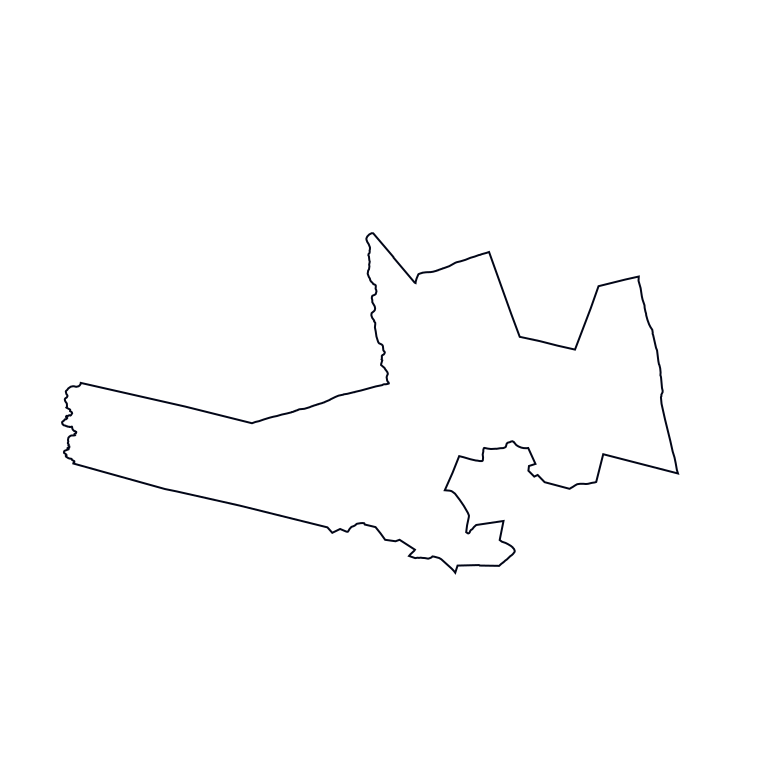 Mandlakaze, Gaza, Mozambique, rotated 284°
{"feature_id": "85939544B24219595709494", "entity_name": "Mandlakaze", "entity_type": "district", "adm_level": 2, "iso_a3": "MOZ", "parent_name": "Mozambique", "parent_adm1": "Gaza", "projection": "equal_earth", "projection_center": [34.02, -24.531], "detail": "fine", "context": "isolated", "style": "outline", "palette": "ink", "viewbox_px": 768, "rotation_deg": 284, "n_neighbors": 0, "source": "geoboundaries", "source_scale": "gbopen_adm2", "svg_char_len": 6044}
<svg xmlns="http://www.w3.org/2000/svg" viewBox="0 0 768 768"><g transform="rotate(284 384 384)"><path d="M231.0,520.8L235.4,539.7L238.0,541.4L239.6,542.8L240.1,543.0L240.4,543.4L241.9,544.3L243.5,545.7L247.7,548.3L248.6,549.2L250.3,550.3L252.6,551.3L253.4,551.3L254.1,551.0L255.5,549.9L256.3,548.6L256.6,548.4L257.6,546.3L258.6,543.0L259.2,540.4L259.5,536.6L260.6,534.0L280.0,533.1L269.5,507.6L267.0,505.9L264.5,504.8L263.4,503.7L261.9,503.1L261.1,503.1L260.0,502.7L259.4,501.9L259.4,501.4L260.1,499.6L267.0,498.8L275.6,498.5L277.0,498.2L279.2,496.6L285.1,490.9L289.9,485.5L294.8,479.4L296.1,476.3L296.4,475.3L296.4,473.6L295.6,468.7L314.4,472.0L332.2,474.4L332.2,478.9L331.9,486.0L332.0,492.0L332.2,492.5L332.4,495.5L332.9,497.7L333.6,498.3L334.3,498.3L336.7,497.9L339.5,496.8L342.6,496.7L344.0,496.3L345.8,496.4L346.2,496.7L346.3,497.2L346.4,500.2L346.8,503.5L348.3,508.4L348.3,508.8L349.8,512.3L350.7,515.3L351.9,516.9L352.6,517.4L355.9,517.5L357.0,518.3L358.1,520.3L358.8,521.0L359.5,522.4L359.2,523.9L358.9,524.0L358.5,524.8L356.9,526.9L356.3,528.4L355.9,529.8L355.5,532.6L355.6,535.1L356.2,537.9L356.8,539.4L343.1,550.3L339.5,544.5L334.8,545.1L330.5,552.2L332.9,555.1L327.6,563.6L327.2,589.3L327.9,590.2L328.8,590.9L329.3,591.6L332.0,594.1L333.5,595.7L334.6,598.4L335.4,601.6L335.8,604.1L336.5,606.1L338.4,609.7L339.5,612.4L340.3,613.6L368.9,613.7L368.3,690.9L371.4,689.0L377.7,686.2L383.1,683.6L388.2,680.5L398.0,675.6L417.9,665.1L431.9,658.1L437.9,656.0L438.5,655.9L439.2,656.1L440.8,655.7L443.4,656.3L444.9,656.0L447.4,654.7L457.2,651.3L458.5,650.7L459.3,650.1L462.1,649.6L466.0,648.2L469.1,646.6L469.5,646.1L472.5,644.7L482.7,640.8L484.9,639.2L496.6,633.3L497.7,632.5L498.9,632.3L501.5,631.2L503.6,628.9L506.0,626.8L510.0,624.1L514.1,621.8L515.8,621.2L517.4,620.2L520.9,618.5L523.4,617.7L528.4,614.5L531.4,613.0L539.1,609.8L545.7,606.0L549.9,605.2L543.8,593.0L530.8,568.5L507.7,566.3L463.6,561.0L463.2,543.2L463.3,525.0L462.6,504.3L482.9,490.4L537.5,454.0L536.0,451.7L533.6,447.4L533.3,447.1L532.9,446.3L532.6,446.1L532.1,444.9L529.6,441.2L527.4,437.4L524.2,433.0L521.5,428.5L519.8,425.2L518.9,423.9L514.1,418.8L510.8,413.9L510.6,413.3L510.3,413.1L507.7,409.1L507.3,408.8L507.1,408.1L506.7,407.8L504.8,404.4L503.8,402.0L502.6,397.8L501.2,394.2L500.9,394.0L500.2,392.7L499.1,391.1L498.7,390.8L494.1,390.1L490.9,390.0L489.6,390.2L489.8,389.2L509.0,362.6L509.5,362.4L527.6,337.1L527.3,335.5L525.5,333.5L523.1,332.1L521.0,331.7L519.7,332.1L517.7,333.5L516.0,335.3L513.2,337.3L512.1,337.6L510.8,337.8L510.1,337.7L508.7,338.2L507.4,338.2L506.4,337.6L505.1,337.7L504.2,338.5L500.6,339.8L499.2,340.6L496.2,340.7L494.6,341.4L491.6,341.7L490.3,341.2L487.0,341.5L484.1,343.5L483.0,344.7L481.2,345.7L480.2,346.8L479.5,348.2L478.3,349.6L478.3,350.8L477.7,352.1L476.5,352.5L474.4,352.8L473.3,353.7L472.0,354.3L469.3,354.2L468.3,353.4L467.5,352.3L466.8,351.4L465.7,351.2L464.3,351.4L462.7,352.3L460.5,352.9L457.1,356.2L455.2,357.1L453.5,357.2L452.3,356.7L449.9,354.9L448.7,354.9L447.4,355.2L445.3,356.6L443.2,359.1L442.3,359.3L441.4,360.6L440.2,361.0L436.7,361.5L433.1,363.2L428.2,365.2L424.1,367.7L423.0,368.5L422.3,369.4L421.8,372.1L421.2,373.2L420.4,373.8L416.6,375.2L415.9,375.9L415.5,376.7L414.6,377.2L413.2,376.9L412.3,376.4L411.8,375.6L410.7,375.1L408.2,375.8L407.2,375.7L406.6,376.6L402.6,376.4L401.7,376.6L399.7,380.6L398.3,381.9L398.1,382.3L396.2,384.5L394.7,385.3L392.4,384.9L391.2,384.9L388.2,386.2L387.1,387.1L386.6,388.0L386.2,388.1L385.9,388.5L385.6,388.5L385.2,387.9L384.2,385.9L383.7,384.0L383.1,383.1L382.4,382.4L379.7,376.7L372.1,363.2L369.3,357.7L369.0,357.5L368.7,356.6L365.6,350.8L364.2,347.4L363.9,347.2L361.7,342.7L359.7,340.0L356.0,335.6L355.5,335.3L352.3,331.0L351.9,330.7L351.2,329.5L350.4,328.4L348.8,325.5L348.5,325.3L348.1,324.2L347.7,323.9L345.7,320.5L345.3,320.2L344.9,319.3L343.5,317.5L340.7,312.8L339.1,308.3L338.6,307.4L338.2,307.1L338.0,306.6L337.6,306.3L336.9,305.0L336.6,304.8L336.4,304.3L336.0,304.0L335.9,303.5L335.5,303.2L334.8,302.2L334.5,301.3L334.1,301.0L331.9,296.9L329.6,292.2L327.0,287.8L325.5,284.6L323.6,281.1L320.4,275.8L317.7,271.7L316.1,268.5L314.0,265.4L314.0,196.4L311.7,89.5L310.4,89.6L308.9,89.0L307.9,88.2L306.8,86.0L306.8,83.7L306.6,82.8L305.6,80.7L303.3,78.7L301.7,78.1L300.4,77.2L299.6,77.1L297.5,78.2L296.5,79.4L295.8,79.8L294.3,79.5L293.0,78.3L292.2,78.0L291.5,78.1L290.3,78.8L289.4,79.7L288.5,80.8L288.0,81.1L285.3,81.9L284.3,81.5L284.1,82.1L283.3,85.4L283.1,85.7L281.7,86.0L281.3,87.5L280.8,88.1L280.1,88.5L278.0,87.8L277.5,87.3L277.6,86.4L277.2,85.7L276.8,85.5L276.4,84.4L276.3,83.8L275.7,83.4L275.1,83.4L274.6,84.0L274.9,84.4L274.4,84.9L273.8,84.7L272.8,83.9L272.4,82.8L271.2,82.4L269.5,81.0L268.5,81.0L267.8,81.6L267.4,81.7L266.5,83.1L266.5,85.3L266.3,85.6L266.2,86.0L266.3,87.2L266.1,87.6L266.4,88.9L266.2,89.3L266.3,89.8L267.1,91.4L266.9,91.7L265.5,92.3L264.5,93.0L263.5,94.6L263.4,95.1L263.5,95.6L263.2,96.1L263.1,96.9L262.6,97.1L261.4,96.9L260.7,95.8L259.8,95.8L259.4,96.3L259.0,95.5L258.5,93.4L258.0,92.5L256.9,91.5L255.6,90.8L253.2,90.9L251.8,91.6L250.3,91.5L249.8,91.7L249.1,92.7L247.9,92.7L247.4,93.8L246.3,94.0L245.9,93.6L245.5,92.6L245.2,92.4L244.9,92.5L244.6,93.7L244.3,93.7L242.1,90.5L241.5,90.0L240.5,89.9L239.6,90.4L239.1,92.1L238.2,92.8L238.2,93.1L237.8,93.2L237.4,92.6L237.2,92.6L236.5,93.2L235.7,95.7L235.6,97.2L235.8,98.3L235.7,99.0L234.8,99.8L234.2,102.1L233.6,102.4L233.1,102.4L232.5,101.8L231.7,101.8L229.1,197.0L229.6,208.5L231.1,273.5L231.2,363.8L227.1,369.8L232.7,376.5L231.7,383.0L231.7,383.9L231.9,384.6L232.7,385.0L235.1,385.7L237.5,387.0L238.6,388.7L239.5,389.8L240.5,390.6L241.5,391.2L241.9,391.7L243.4,395.2L243.9,396.9L244.1,398.4L244.0,398.6L243.0,399.3L243.1,410.4L238.2,416.8L233.1,422.8L234.2,433.2L236.6,436.8L230.7,454.1L229.4,453.6L225.1,450.8L223.2,449.9L222.6,456.4L223.6,458.7L223.7,459.9L224.4,461.7L224.5,463.1L225.0,465.8L225.2,469.1L226.1,470.6L227.2,472.0L228.4,472.7L228.6,474.2L228.5,479.6L227.8,482.0L221.2,494.4L219.4,497.2L218.1,498.8L225.6,499.3L231.3,520.0L231.0,520.8Z" fill="none" stroke="#020617" stroke-width="2"/></g></svg>